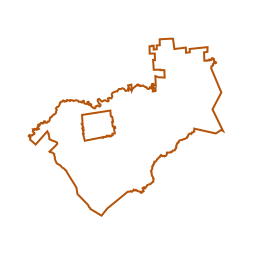 Linares, Nuevo León, Mexico (Mercator projection), rotated 349°
{"feature_id": "50627088B38143273708345", "entity_name": "Linares", "entity_type": "district", "adm_level": 2, "iso_a3": "MEX", "parent_name": "Mexico", "parent_adm1": "Nuevo León", "projection": "mercator", "projection_center": [-99.477, 24.853], "detail": "fine", "context": "isolated", "style": "outline", "palette": "amber", "viewbox_px": 256, "rotation_deg": 349, "n_neighbors": 0, "source": "geoboundaries", "source_scale": "gbopen_adm2", "svg_char_len": 5783}
<svg xmlns="http://www.w3.org/2000/svg" viewBox="0 0 256 256"><g transform="rotate(349 128 128)"><path d="M163.5,59.1L168.5,60.1L167.4,66.5L165.6,66.0L164.4,75.8L170.9,76.9L170.8,77.4L174.7,78.1L173.6,85.5L167.6,84.0L164.8,82.3L163.3,91.7L163.1,91.4L161.7,91.1L161.3,89.5L160.0,89.4L158.9,91.6L159.8,91.7L159.7,92.4L160.8,92.4L160.8,94.1L162.1,94.1L162.0,95.3L162.5,95.4L162.1,96.9L160.1,97.0L159.3,96.8L159.8,95.4L159.1,94.2L159.5,94.2L159.6,93.3L158.2,93.2L157.5,92.9L157.2,92.4L156.0,93.7L154.8,93.3L154.3,92.8L154.2,91.9L153.8,91.4L152.8,91.2L152.5,90.6L151.1,89.7L150.8,89.1L149.9,89.1L148.9,89.4L147.7,89.1L147.4,88.8L147.5,88.2L146.4,88.2L146.5,87.5L146.2,87.2L145.0,87.3L144.7,87.9L143.7,88.2L143.2,88.7L142.4,88.8L142.1,89.2L140.4,90.1L139.6,90.8L138.9,91.9L138.9,90.6L139.6,86.1L136.2,86.2L136.9,90.3L136.2,89.6L135.6,89.4L135.3,91.3L134.7,90.9L133.4,91.2L132.7,91.1L131.8,89.2L130.5,88.0L129.0,88.1L128.3,88.4L127.4,88.1L126.2,88.1L124.4,90.1L123.6,89.7L122.8,89.8L120.8,90.3L120.4,90.2L119.3,90.7L118.4,92.0L118.6,94.1L117.5,95.7L117.3,95.8L115.2,94.8L114.1,95.1L113.9,95.4L114.3,97.5L113.9,98.0L113.1,98.0L110.7,96.4L109.8,96.4L107.5,97.1L107.0,96.7L105.4,94.1L104.9,93.9L104.2,94.1L103.6,94.7L103.4,95.6L104.0,97.1L104.1,98.3L105.5,99.7L105.2,101.0L104.6,101.4L104.0,101.4L103.2,101.0L102.9,100.4L102.2,100.1L101.2,100.6L100.3,100.6L100.0,102.0L99.6,102.3L99.0,102.4L97.8,101.8L97.3,100.9L96.1,99.9L95.9,99.0L96.4,98.1L96.0,97.3L95.5,97.3L94.8,98.1L94.2,97.9L93.5,97.3L93.6,96.0L94.5,95.3L94.2,94.7L93.3,94.7L92.5,96.4L92.0,96.5L90.4,95.9L89.8,95.3L89.5,94.2L89.9,93.3L89.6,92.8L89.2,92.7L88.5,93.0L88.3,94.1L87.5,94.2L85.9,92.9L84.6,92.9L84.1,91.6L82.1,90.8L79.7,91.1L78.9,90.3L76.8,89.6L76.5,89.7L76.4,90.4L76.2,90.5L75.5,89.7L73.4,88.9L73.1,89.2L73.2,89.8L72.8,90.0L72.0,90.0L71.3,89.5L70.6,89.9L69.7,88.7L69.0,89.4L67.6,89.3L66.6,90.3L66.0,90.3L65.4,91.9L64.5,93.0L63.3,93.9L62.1,93.9L61.8,94.1L61.4,94.9L61.0,95.2L61.4,95.7L61.5,96.9L60.8,97.5L60.0,99.7L59.2,100.2L58.1,100.5L57.6,101.0L56.6,101.1L55.7,102.2L54.7,102.6L53.8,102.7L53.7,103.4L53.1,103.8L52.5,105.5L51.8,106.4L51.3,106.6L50.5,106.4L49.7,107.3L48.6,107.2L47.9,106.9L47.8,105.7L47.0,105.4L46.5,105.8L45.9,107.1L45.4,106.8L44.6,107.2L44.3,106.6L43.9,106.4L43.6,106.8L43.1,106.7L42.8,107.1L42.0,107.4L41.9,108.0L41.2,107.5L40.4,107.6L40.3,108.1L40.8,109.2L39.2,109.9L39.1,110.3L39.2,111.2L40.0,111.0L40.4,111.9L38.7,112.2L38.1,111.9L37.7,112.2L37.3,111.4L36.2,111.1L36.2,111.6L35.9,111.9L35.4,111.5L35.0,111.7L34.5,111.4L34.6,112.2L34.2,112.4L33.9,113.3L35.2,115.1L35.2,115.4L34.8,115.6L34.8,116.0L32.9,116.7L32.7,116.5L32.0,117.2L31.2,116.9L30.2,116.2L30.1,116.7L29.4,116.6L29.0,116.9L30.4,119.0L30.0,119.4L29.7,121.0L30.4,121.6L34.2,126.6L48.1,115.9L49.1,118.8L48.7,119.3L49.0,121.5L48.7,124.0L51.3,125.9L54.5,127.8L55.6,128.9L55.5,130.1L53.5,131.7L46.4,136.2L46.8,136.8L49.0,137.6L50.7,139.6L50.3,140.4L50.7,142.8L50.3,143.4L50.6,146.4L51.3,149.1L54.4,151.8L56.0,154.5L57.6,155.7L58.2,157.0L59.2,157.9L59.1,158.2L60.6,162.5L66.0,176.6L65.8,183.2L74.1,195.9L74.7,198.3L75.7,199.7L75.6,200.3L85.3,209.0L92.2,203.1L115.6,190.5L117.2,190.8L118.7,190.5L119.3,191.2L119.8,191.3L121.5,190.0L121.5,190.5L123.0,190.6L123.3,190.2L123.9,190.2L124.4,191.1L125.3,191.2L125.7,191.9L128.5,193.2L128.5,193.4L128.2,193.9L128.5,194.2L129.2,193.9L129.5,193.2L130.3,193.5L131.2,193.0L130.8,192.4L131.4,191.5L130.8,190.0L131.5,189.4L132.8,189.3L133.1,189.7L132.9,190.3L133.2,190.5L133.7,190.2L133.7,189.6L135.1,189.0L135.6,188.0L137.5,187.4L139.4,187.3L140.4,186.5L141.4,186.2L142.1,185.6L142.7,185.4L143.0,183.5L143.5,182.8L143.0,181.9L143.1,181.0L142.6,180.0L142.6,178.9L142.4,178.7L142.6,175.9L142.4,175.2L142.6,175.2L142.5,174.6L143.0,173.8L144.0,172.8L144.3,171.3L144.7,170.8L144.4,170.5L144.5,170.2L145.5,169.6L145.8,168.7L146.3,168.6L146.5,168.0L146.9,167.8L146.9,167.3L148.2,166.4L148.0,166.1L148.7,166.1L149.7,165.5L150.7,164.1L151.2,164.1L152.3,163.2L152.5,162.8L153.5,162.7L154.2,161.8L154.7,161.8L154.7,161.2L155.3,160.8L156.7,162.3L157.1,162.2L158.1,162.7L158.3,162.4L159.6,162.6L160.5,162.0L161.0,161.4L161.5,159.6L163.5,160.0L164.6,159.8L165.1,160.2L165.5,160.2L166.3,159.8L166.3,159.5L167.0,159.5L167.7,158.7L168.7,158.9L169.7,158.8L170.4,158.1L170.6,157.3L171.6,156.8L171.5,156.0L171.7,155.9L172.0,154.4L172.6,154.0L172.9,152.9L173.8,152.5L174.0,151.8L175.0,151.8L175.3,150.9L175.9,150.1L177.3,149.9L178.4,150.1L179.4,149.7L180.1,149.8L180.4,149.6L182.2,149.5L183.4,148.9L183.9,148.9L184.6,148.4L184.6,148.0L184.8,148.0L185.1,147.3L185.4,147.2L185.6,146.6L187.3,145.2L188.0,145.3L189.1,145.9L190.0,144.6L190.9,144.8L191.7,144.1L192.4,144.1L192.4,142.9L192.9,142.2L193.0,141.3L213.1,150.1L219.1,147.7L220.7,149.0L214.5,125.8L226.4,111.0L221.0,85.1L221.4,84.7L221.6,83.5L223.3,82.9L223.6,82.4L223.3,81.8L223.4,81.5L224.2,81.2L224.9,80.2L225.3,80.2L225.5,80.8L226.2,81.2L226.9,80.9L227.0,80.5L225.3,78.8L225.1,78.2L225.5,77.2L225.4,76.4L224.4,75.6L223.8,75.5L223.2,75.8L223.2,76.8L222.7,77.2L220.8,76.4L220.6,77.2L218.6,76.7L218.5,77.0L215.8,76.5L217.1,68.2L220.5,68.4L221.5,63.8L203.6,62.2L203.1,65.5L199.3,65.2L200.1,60.1L188.6,59.3L189.2,49.0L185.9,48.3L176.0,47.0L175.0,52.8L171.9,52.4L171.3,56.2L168.2,55.9L168.9,52.1L167.3,51.9L167.3,52.2L164.7,51.9L163.5,59.1ZM85.4,106.4L114.0,107.5L113.4,113.1L114.0,113.8L114.6,114.0L114.6,119.0L113.6,118.9L113.3,123.6L115.5,124.3L115.5,125.5L114.2,125.5L114.0,130.8L111.6,130.7L111.5,132.2L110.0,132.2L110.0,132.8L109.2,133.0L108.2,132.8L108.1,132.0L107.8,131.8L107.1,131.8L106.6,132.3L105.7,131.5L104.6,132.6L103.7,132.2L102.6,132.5L102.0,132.1L101.4,132.9L101.1,132.8L101.2,132.2L83.2,132.3L82.7,125.1L83.4,125.2L83.3,121.7L84.0,121.5L83.6,121.1L83.1,119.6L84.3,119.3L83.6,116.2L84.0,116.5L85.4,106.4Z" fill="none" stroke="#b45309" stroke-width="2"/></g></svg>